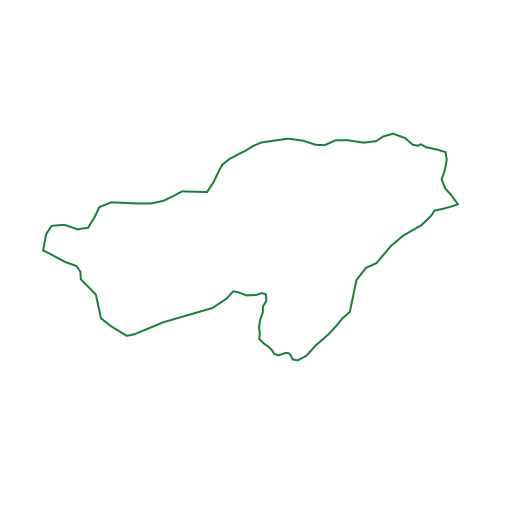 outline of Gnagna, rotated 79°
{"feature_id": "BFA-2874", "entity_name": "Gnagna", "entity_type": "Province", "adm_level": 1, "iso_a3": "BFA", "parent_name": "Burkina Faso", "parent_adm1": "", "projection": "equal_earth", "projection_center": [0.073, 12.904], "detail": "fine", "context": "isolated", "style": "outline", "palette": "green", "viewbox_px": 512, "rotation_deg": 79, "n_neighbors": 0, "source": "natural_earth", "source_scale": "10m", "svg_char_len": 1370}
<svg xmlns="http://www.w3.org/2000/svg" viewBox="0 0 512 512"><g transform="rotate(79 256 256)"><path d="M210.1,464.0L194.6,457.9L187.4,451.0L188.8,438.2L195.8,426.0L196.2,415.4L187.4,407.3L178.1,400.4L175.7,387.8L181.9,362.1L184.4,348.6L184.2,336.8L181.3,325.5L179.7,320.5L178.5,316.1L183.9,291.8L175.0,283.2L164.8,275.8L159.6,271.2L155.6,263.2L152.4,252.8L151.1,247.4L147.3,237.3L145.6,229.2L146.9,202.2L151.9,187.6L158.3,176.0L160.3,167.4L157.6,156.0L159.8,144.0L165.3,128.7L166.2,116.3L163.0,108.3L162.1,98.1L168.6,87.3L176.8,80.8L178.7,75.7L177.7,73.1L181.6,68.4L186.4,57.3L190.2,50.1L198.0,50.4L208.0,54.4L216.2,59.2L226.2,57.2L232.7,53.1L243.7,48.0L244.6,53.5L245.4,63.6L245.5,72.2L249.9,76.3L257.4,88.0L264.0,107.4L271.7,121.3L286.0,139.2L288.5,150.1L298.8,162.0L328.8,174.6L333.7,183.1L340.5,191.2L346.7,199.8L354.7,213.6L363.7,225.9L366.4,234.9L364.5,239.8L361.3,240.6L360.1,240.9L357.9,242.1L356.9,244.6L357.0,247.9L357.8,252.9L355.5,256.8L351.1,258.5L347.2,261.3L343.1,265.2L338.2,268.6L332.8,267.1L326.5,266.6L319.7,264.2L312.5,260.0L306.9,258.8L301.9,254.4L295.6,253.6L293.6,257.0L294.3,263.6L292.8,273.0L288.0,280.7L286.3,285.1L292.2,293.0L298.7,308.5L303.3,359.1L309.7,390.8L309.7,398.1L297.3,411.7L287.7,420.0L263.2,420.6L245.5,432.4L238.0,431.4L231.7,434.0L225.4,444.6L212.2,460.8L210.1,464.0Z" fill="none" stroke="#15803d" stroke-width="2"/></g></svg>